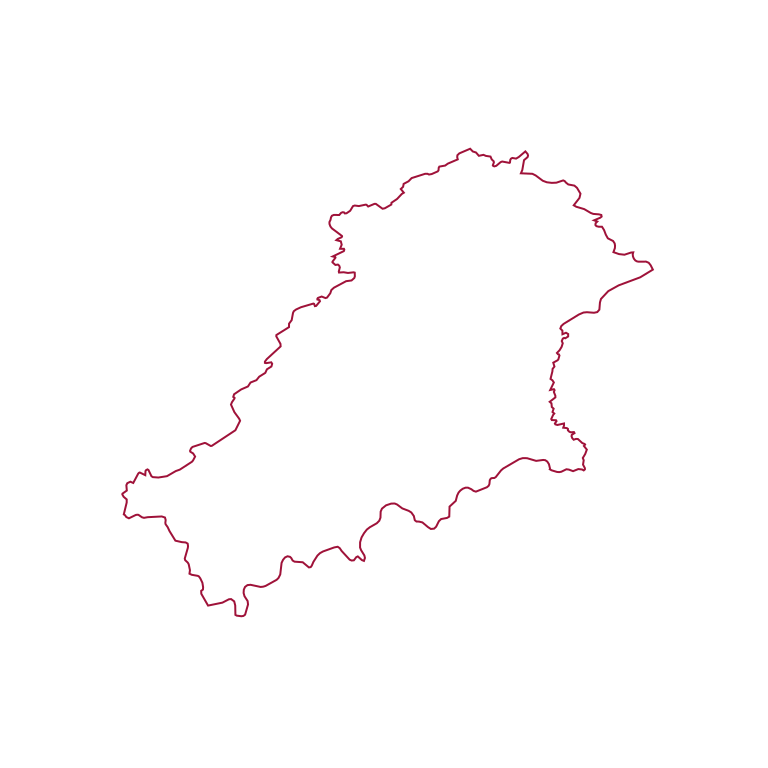 map outline of Gomel (Equal Earth projection), rotated 331°
{"feature_id": "BLR-2339", "entity_name": "Gomel", "entity_type": "Region", "adm_level": 1, "iso_a3": "BLR", "parent_name": "Belarus", "parent_adm1": "", "projection": "equal_earth", "projection_center": [29.578, 52.294], "detail": "fine", "context": "isolated", "style": "outline", "palette": "rose", "viewbox_px": 768, "rotation_deg": 331, "n_neighbors": 0, "source": "natural_earth", "source_scale": "10m", "svg_char_len": 6150}
<svg xmlns="http://www.w3.org/2000/svg" viewBox="0 0 768 768"><g transform="rotate(331 384 384)"><path d="M659.8,414.9L637.1,411.5L625.2,411.5L615.0,414.8L612.4,417.4L608.4,423.4L605.4,424.5L602.2,423.5L596.3,419.6L593.1,418.2L588.1,417.7L570.3,418.5L567.1,419.3L565.1,421.0L565.9,423.8L564.2,427.0L568.0,427.4L569.3,429.6L568.1,431.7L564.7,431.9L563.9,431.0L562.4,431.0L560.3,432.6L560.1,435.0L557.4,437.6L553.9,439.6L550.3,440.7L550.6,442.3L551.3,442.9L551.3,444.1L548.4,447.0L547.3,447.4L542.4,447.4L541.5,451.4L538.8,452.5L537.4,454.6L532.1,460.3L533.1,462.4L533.3,465.0L526.5,469.8L530.1,470.9L530.2,472.1L528.7,473.3L528.2,477.3L527.4,478.8L520.3,479.9L521.1,482.1L519.6,485.5L520.4,487.8L517.8,490.2L518.6,492.4L517.0,493.0L513.3,495.7L513.3,496.9L516.9,499.1L516.9,500.1L514.3,501.4L514.3,502.4L515.8,503.9L522.3,505.8L521.3,507.6L519.6,509.1L522.5,511.2L523.1,512.4L522.4,513.7L523.0,515.7L524.1,516.9L526.8,518.1L526.8,519.3L523.6,519.5L522.7,520.6L522.4,522.7L522.9,524.7L525.3,525.1L526.9,526.1L528.8,531.8L530.4,533.7L530.5,534.5L528.8,535.1L529.6,539.7L526.0,542.8L522.0,545.1L521.7,547.5L519.0,551.0L518.9,555.0L518.3,556.1L516.8,556.4L515.8,554.8L512.7,552.6L507.1,551.9L504.2,548.5L502.2,547.0L496.5,546.7L494.5,546.0L492.7,544.8L488.7,540.7L487.7,539.0L488.1,538.8L489.4,534.1L489.2,531.0L488.1,528.8L486.4,527.6L479.8,525.0L473.1,518.2L469.4,516.1L465.7,515.3L447.4,515.7L444.5,516.3L436.6,519.6L434.9,519.7L432.8,518.6L431.5,518.5L429.9,519.4L427.7,522.6L426.3,523.7L424.0,524.2L412.2,522.7L410.5,520.9L409.4,518.4L407.2,515.4L405.0,514.2L402.1,513.8L399.1,514.2L396.6,515.1L393.9,517.0L390.1,521.0L381.9,523.0L376.8,531.6L374.2,531.7L368.5,529.8L365.5,530.6L360.4,534.1L357.7,534.8L354.7,533.5L353.1,530.5L350.5,523.7L347.9,521.3L345.7,520.0L344.9,518.1L346.1,513.9L345.6,509.6L344.1,506.9L339.7,501.7L337.0,495.7L335.4,493.7L332.3,492.1L327.0,491.1L321.8,492.0L319.2,494.0L316.1,499.2L313.6,501.3L310.2,502.3L302.2,502.4L298.4,503.0L294.2,504.8L290.0,507.3L286.4,510.8L283.8,515.4L283.4,518.2L283.7,524.4L283.0,526.9L280.7,529.0L279.3,527.3L277.5,522.1L275.8,522.0L272.2,523.6L270.1,522.7L268.8,521.0L266.0,509.5L265.7,506.1L264.6,503.9L261.2,502.8L249.5,500.9L246.0,500.9L242.6,501.8L236.1,505.3L232.7,507.9L231.1,508.6L229.4,508.0L226.5,500.5L219.6,496.0L218.5,494.1L218.5,491.2L218.0,489.6L216.1,487.9L213.4,487.7L210.5,488.8L207.7,490.8L200.9,500.3L197.7,502.5L195.2,503.2L182.5,503.2L180.1,502.7L177.7,501.7L169.9,494.9L167.1,493.7L164.1,494.1L161.7,495.9L159.9,498.7L159.1,502.0L159.5,507.7L158.2,510.9L150.7,518.4L148.6,518.7L146.7,518.0L142.9,515.2L142.1,513.9L146.5,505.6L147.6,501.5L146.0,498.0L144.0,497.1L136.7,496.9L122.7,492.5L122.5,478.9L123.8,476.3L126.0,476.0L127.3,474.0L128.8,469.8L129.1,464.9L128.8,462.5L128.1,461.5L123.4,457.7L121.9,455.6L124.0,452.8L125.8,447.0L125.8,445.1L124.7,441.7L125.1,440.1L132.9,432.3L134.0,430.8L134.9,428.4L133.7,426.4L130.5,424.3L125.6,419.9L125.1,408.7L125.4,404.3L125.0,400.8L125.4,399.5L127.1,397.1L127.7,394.6L125.4,392.1L112.7,385.9L109.2,384.7L107.7,383.2L105.8,379.4L104.8,378.7L103.4,378.2L95.8,377.8L94.1,375.4L93.9,373.2L93.2,371.9L101.5,362.9L103.0,360.2L101.6,356.4L101.6,353.7L102.1,353.1L107.4,352.5L109.6,347.6L111.4,346.3L114.8,346.5L116.7,349.0L125.6,343.2L126.7,342.9L127.5,343.0L131.0,348.0L133.2,344.5L134.1,344.0L135.7,344.0L136.3,345.0L135.9,351.9L136.7,353.4L141.3,356.4L149.5,359.4L159.7,359.2L163.9,359.9L178.3,358.9L179.9,358.3L183.6,355.9L183.4,352.2L181.8,349.4L181.9,348.5L184.0,346.8L186.0,346.2L198.5,348.6L199.4,349.3L202.4,354.2L203.4,354.6L231.6,352.4L240.3,346.4L240.5,344.1L239.5,336.1L240.2,327.8L242.2,326.2L246.2,324.2L246.6,323.6L245.9,322.2L247.9,320.3L256.5,319.5L263.8,320.2L268.0,318.0L274.3,318.8L278.4,317.1L285.6,316.7L288.7,314.4L294.0,314.1L296.0,312.1L295.9,310.4L291.0,308.6L290.1,307.8L290.7,306.7L293.6,305.4L311.8,301.0L312.9,298.7L312.9,290.1L313.6,289.0L328.5,288.2L330.2,285.2L334.2,283.4L338.9,277.7L340.4,276.6L343.2,276.2L348.6,276.6L361.2,279.4L361.7,280.0L361.3,282.4L362.5,282.8L368.1,280.6L368.3,279.4L366.7,277.8L367.2,277.0L368.0,276.7L371.9,277.3L374.5,280.5L376.1,280.8L381.0,278.6L383.5,276.3L386.9,275.5L400.7,275.7L405.8,277.7L409.4,276.9L410.7,275.7L412.4,272.4L411.6,271.6L406.3,269.4L402.9,266.7L398.7,264.7L399.0,263.7L401.9,260.6L402.2,258.8L401.6,257.2L399.2,256.3L397.9,252.6L398.3,252.0L402.8,250.0L402.9,249.4L401.0,247.6L413.3,248.3L414.4,247.3L414.5,246.3L411.1,244.4L414.5,241.7L415.4,238.3L412.1,235.1L413.9,234.7L417.9,235.1L418.8,234.7L419.0,234.1L413.9,222.7L413.5,220.3L413.9,217.6L414.8,215.9L416.8,214.5L418.4,212.6L420.0,211.6L422.1,211.8L426.8,214.5L429.5,213.5L431.1,213.7L432.2,214.5L432.4,215.8L434.0,216.5L438.4,216.1L443.1,213.4L444.9,213.7L448.3,216.2L454.8,218.2L455.6,218.8L456.2,221.1L462.9,221.8L464.2,222.5L467.7,230.0L469.9,230.7L477.4,230.6L478.4,229.1L485.2,228.5L491.7,226.4L494.1,226.3L493.2,221.6L496.3,220.8L498.2,218.5L503.7,218.6L508.0,217.3L521.9,220.1L524.0,221.3L524.9,222.6L527.5,223.5L534.1,224.1L535.3,223.5L536.7,221.4L537.8,220.7L543.4,222.6L546.7,222.2L557.4,223.3L558.0,221.1L559.1,219.5L561.7,218.8L573.4,220.0L574.4,223.7L576.7,226.1L577.6,230.4L582.1,231.8L583.7,233.9L587.4,236.7L587.1,239.8L587.9,242.4L587.5,243.5L585.2,245.5L585.3,246.4L586.1,247.2L588.0,247.6L593.5,246.5L595.2,246.7L600.9,251.4L601.5,251.4L603.1,249.2L604.2,248.5L605.8,248.5L608.8,250.9L612.0,250.8L620.4,249.1L621.1,252.5L620.7,254.1L619.5,255.2L615.0,256.1L608.7,263.9L605.9,266.1L615.7,272.1L617.8,275.2L621.4,283.2L624.2,286.5L628.2,289.4L632.4,291.5L639.4,292.8L640.4,294.1L640.8,296.1L641.9,298.8L646.7,302.8L647.9,306.0L648.1,312.8L645.2,316.0L636.6,319.7L638.1,322.2L643.9,328.1L647.8,334.7L649.5,336.7L654.2,339.8L656.0,341.5L655.5,343.1L653.7,343.4L647.1,342.7L649.3,345.3L647.0,346.0L646.0,347.4L646.3,348.9L648.0,350.5L650.9,352.1L651.1,356.1L650.4,360.9L650.4,365.1L653.7,370.0L653.9,372.9L653.1,375.1L651.8,377.1L648.6,379.9L652.5,384.3L657.0,387.5L663.8,388.8L665.8,389.7L664.5,391.0L663.6,393.1L663.3,395.5L663.7,397.8L664.7,399.4L665.9,400.4L672.5,404.0L674.3,406.3L674.8,409.5L674.6,414.3L659.8,414.9Z" fill="none" stroke="#9f1239" stroke-width="2"/></g></svg>